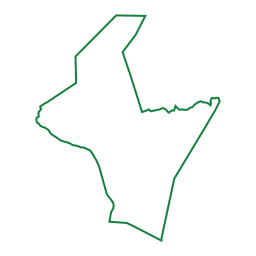 the district of Milagres, Ceará, Brazil
{"feature_id": "56859067B57580230718616", "entity_name": "Milagres", "entity_type": "district", "adm_level": 2, "iso_a3": "BRA", "parent_name": "Brazil", "parent_adm1": "Ceará", "projection": "mercator", "projection_center": [-38.943, -7.27], "detail": "fine", "context": "isolated", "style": "outline", "palette": "green", "viewbox_px": 256, "rotation_deg": 0, "n_neighbors": 0, "source": "geoboundaries", "source_scale": "gbopen_adm2", "svg_char_len": 1605}
<svg xmlns="http://www.w3.org/2000/svg" viewBox="0 0 256 256"><path d="M109.3,221.7L124.5,222.8L126.8,223.0L134.5,226.7L161.4,240.6L161.8,236.8L169.9,199.1L174.2,178.8L182.1,165.6L192.4,148.6L194.8,144.5L206.3,125.5L209.3,120.2L214.8,111.1L219.7,101.4L218.5,97.8L216.1,97.8L214.5,98.4L212.1,97.8L210.9,99.6L210.6,101.7L211.1,103.6L210.3,105.3L208.7,103.7L205.8,102.5L203.2,102.4L201.2,101.3L198.4,102.0L196.6,103.4L194.5,104.6L193.4,106.2L192.0,107.3L189.9,107.8L188.3,109.1L186.6,109.8L184.7,109.9L182.5,109.5L179.1,109.6L177.3,108.0L175.5,106.0L174.9,108.1L173.9,110.6L171.9,110.5L170.3,111.5L169.0,112.7L167.5,111.6L166.2,109.8L164.5,108.7L162.7,108.0L159.9,109.4L150.5,111.3L148.9,109.4L145.7,110.8L142.0,112.0L139.8,105.0L137.9,98.8L130.1,74.3L122.6,52.1L135.7,34.8L145.3,15.9L116.2,15.4L114.2,17.4L75.5,56.5L76.1,82.9L47.2,102.2L44.6,103.6L41.8,105.4L40.1,106.8L41.1,109.0L39.7,110.8L38.6,112.2L38.5,114.6L38.7,116.5L36.6,117.9L36.3,120.0L37.0,122.6L38.7,123.6L40.6,126.1L42.7,126.9L45.2,127.8L47.0,129.0L48.6,130.2L50.4,133.2L52.4,134.9L54.3,136.1L56.4,137.4L59.1,139.4L61.5,140.8L65.6,142.0L67.9,142.6L70.0,143.5L72.6,145.0L74.7,145.5L77.1,145.8L80.8,147.4L84.4,147.6L86.7,149.0L88.7,149.7L90.4,150.6L92.4,153.7L93.6,155.7L94.5,157.3L96.4,160.4L97.2,162.2L98.9,166.0L99.7,168.5L100.2,170.5L100.8,172.5L101.4,174.8L102.1,177.1L102.7,179.3L103.8,183.5L104.6,186.1L105.3,188.8L106.0,191.1L106.6,193.6L107.6,195.3L109.1,197.3L110.6,199.1L111.9,201.0L113.3,203.1L113.6,206.2L113.2,208.6L111.5,211.3L110.7,214.0L110.3,217.1L109.8,219.4L109.3,221.7Z" fill="none" stroke="#15803d" stroke-width="2"/></svg>